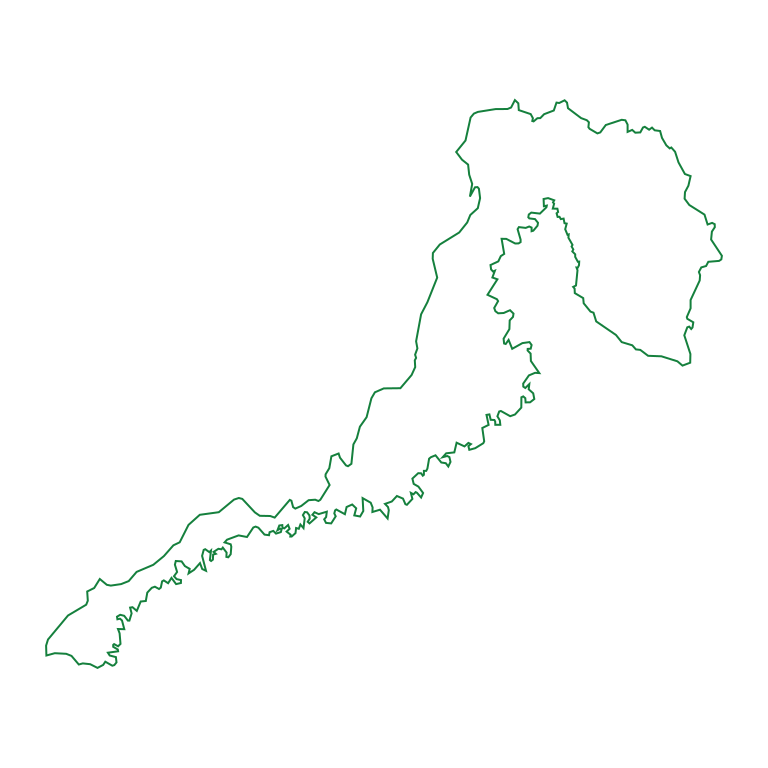 the district of Ipixuna do Pará, Pará, Brazil
{"feature_id": "56859067B6005115981824", "entity_name": "Ipixuna do Pará", "entity_type": "district", "adm_level": 2, "iso_a3": "BRA", "parent_name": "Brazil", "parent_adm1": "Pará", "projection": "robinson", "projection_center": [-48.107, -2.938], "detail": "fine", "context": "isolated", "style": "outline", "palette": "green", "viewbox_px": 768, "rotation_deg": 0, "n_neighbors": 0, "source": "geoboundaries", "source_scale": "gbopen_adm2", "svg_char_len": 6111}
<svg xmlns="http://www.w3.org/2000/svg" viewBox="0 0 768 768"><path d="M469.9,196.6L475.0,187.3L477.5,187.1L478.9,188.7L480.1,198.1L477.8,208.2L470.3,215.0L467.2,222.5L459.2,232.5L439.8,244.5L432.9,253.0L432.7,258.8L437.2,277.6L427.4,302.2L421.1,314.3L416.1,341.3L417.4,348.4L415.1,354.7L416.1,357.9L414.8,360.3L415.2,367.1L411.6,375.0L400.4,388.2L383.8,388.4L374.9,392.3L371.4,398.3L366.6,417.2L359.9,426.7L356.8,438.3L353.4,444.4L351.4,463.8L348.0,466.2L346.0,465.4L340.0,457.7L338.6,453.5L331.4,456.3L329.3,468.2L325.6,474.3L325.5,476.6L329.6,485.0L320.3,499.8L318.4,501.0L315.2,499.7L308.6,500.2L301.2,506.0L295.3,508.6L293.1,507.1L291.4,500.7L289.8,499.9L274.7,517.6L270.2,516.0L259.8,515.8L254.9,512.4L242.3,498.9L238.8,498.0L234.0,499.6L218.8,512.2L199.8,514.8L188.5,524.9L179.7,542.3L173.4,545.3L163.9,556.1L153.3,564.8L136.6,571.9L128.7,581.1L121.1,584.1L110.8,585.6L106.8,584.8L99.8,579.0L94.2,588.0L87.2,591.5L87.8,600.7L86.2,604.7L68.0,615.5L48.0,639.5L46.1,645.6L46.4,655.5L54.8,653.2L66.2,653.8L71.5,655.9L78.8,664.5L82.8,663.4L90.2,664.2L97.5,667.9L103.2,664.9L105.3,661.7L112.3,665.7L114.3,665.1L116.5,662.4L115.9,657.1L109.7,655.5L107.9,652.7L118.1,651.3L117.8,649.5L113.2,646.8L113.2,644.9L114.1,644.1L118.1,646.3L120.5,643.9L119.6,633.3L118.0,629.0L124.3,629.2L122.0,620.5L120.0,618.7L117.4,619.3L117.0,616.7L120.2,614.8L124.2,615.8L127.9,620.6L129.4,620.6L131.6,613.4L130.1,607.6L132.5,607.2L136.8,610.9L140.7,601.5L145.8,601.0L147.3,592.6L151.8,587.8L154.9,586.7L159.0,589.0L160.8,587.6L162.1,581.4L163.8,580.4L168.1,583.2L171.5,577.9L176.1,584.1L180.9,583.0L181.0,580.1L176.6,579.1L174.0,576.2L177.1,572.0L174.9,564.7L175.8,561.0L181.6,561.4L184.9,566.1L189.7,568.9L188.6,573.4L194.1,569.8L200.0,563.1L202.2,569.0L206.0,570.8L202.1,555.9L203.7,549.9L205.2,549.2L209.3,552.1L211.0,550.5L209.9,560.1L211.1,561.0L212.9,559.6L213.1,554.6L215.8,553.8L213.6,551.9L218.4,548.8L221.5,549.3L222.8,547.6L226.6,552.6L226.4,556.9L228.3,557.3L230.7,554.2L231.3,546.7L230.7,544.3L224.6,542.4L227.0,539.7L238.6,535.4L247.0,537.0L253.3,527.5L255.6,526.6L258.4,527.7L264.5,534.6L269.0,535.2L269.6,532.2L273.3,530.9L276.0,533.6L280.8,532.1L281.6,529.4L280.2,528.6L277.5,530.2L279.3,525.5L282.3,525.1L282.5,527.8L284.3,528.4L288.1,525.0L289.6,528.8L286.6,531.6L290.6,534.7L290.3,536.5L291.7,536.5L295.5,533.1L296.1,528.0L298.8,528.8L300.4,524.5L303.5,528.1L304.7,518.3L302.9,515.1L304.8,512.0L307.1,512.3L309.5,515.5L309.7,518.7L307.7,521.8L309.5,523.4L316.3,517.4L312.4,514.8L314.5,512.2L318.7,514.1L326.8,511.7L326.1,517.1L324.2,519.3L326.0,522.9L331.2,523.4L335.7,516.3L334.3,513.4L335.1,510.4L336.3,509.5L344.9,514.2L346.6,507.0L352.2,504.5L356.2,508.3L354.3,515.4L360.1,516.5L363.3,511.0L362.6,498.1L370.7,502.7L372.6,507.4L372.4,512.0L380.0,509.7L387.6,518.5L388.8,510.2L388.0,507.0L385.0,503.9L391.8,501.5L396.9,496.0L403.0,498.6L405.4,504.2L406.9,504.8L412.4,498.9L410.9,492.9L413.5,494.3L415.6,492.1L417.0,492.8L421.1,497.5L423.1,493.0L418.4,486.6L413.7,483.9L412.4,478.6L418.2,473.2L421.1,473.3L422.8,475.7L423.9,474.8L423.9,470.9L426.2,470.9L427.4,468.6L429.1,458.7L430.9,457.2L435.5,455.3L441.3,462.5L445.8,463.2L448.3,466.5L450.5,461.9L449.4,457.1L447.2,456.0L442.7,457.2L446.2,453.3L454.3,452.4L456.6,442.7L464.5,446.4L468.4,442.9L470.9,444.1L468.4,446.1L469.3,449.8L475.2,448.2L483.3,443.2L484.2,441.3L482.3,428.0L488.6,424.9L486.5,414.9L489.4,414.4L490.7,419.8L494.4,420.0L495.2,421.5L495.3,424.8L500.3,424.8L499.8,420.3L497.4,416.3L499.2,411.5L500.9,411.0L510.2,416.2L515.0,414.5L521.3,407.6L521.4,397.3L523.2,396.4L525.3,398.2L525.6,402.4L530.1,402.3L534.3,399.0L533.2,393.3L528.7,389.3L529.3,384.1L525.3,388.0L523.3,386.6L523.2,383.6L528.9,375.4L535.1,372.8L539.3,373.1L530.9,361.0L530.6,353.6L527.6,350.5L527.7,348.9L530.7,348.7L531.6,345.0L529.5,342.1L522.4,343.1L512.2,348.8L508.6,339.9L505.7,344.0L504.1,343.5L503.6,338.7L509.4,329.1L509.7,320.4L513.0,316.9L513.5,313.6L510.0,310.2L503.7,313.0L498.2,313.3L495.4,311.2L494.2,308.0L498.1,301.1L496.9,299.2L487.5,294.8L497.4,279.3L492.4,277.5L494.9,270.7L493.0,271.5L491.1,269.4L490.5,265.0L498.3,261.4L500.8,256.1L504.2,253.9L501.6,238.8L506.3,238.9L515.2,243.5L518.6,243.4L520.6,242.1L520.6,239.6L517.6,229.2L518.9,227.1L525.7,227.9L529.2,226.5L531.6,227.6L531.6,231.2L533.3,230.7L537.5,225.7L538.0,222.8L535.0,219.1L529.3,218.4L528.3,217.3L528.8,214.5L531.3,212.6L539.9,213.6L546.4,207.3L546.8,205.6L543.9,206.2L543.6,199.0L548.1,198.1L554.2,200.3L553.0,202.4L554.1,203.7L552.8,208.6L557.4,208.7L558.1,212.0L556.6,213.3L557.6,216.9L559.5,216.8L560.8,219.1L563.6,218.6L564.5,223.2L566.7,223.6L565.2,229.2L567.5,234.8L568.7,234.4L568.4,237.7L572.5,244.9L571.6,246.5L573.3,249.4L572.3,251.4L575.2,254.3L575.2,256.9L577.9,261.8L579.2,261.6L579.0,265.2L577.8,267.6L576.5,267.5L577.5,270.2L576.0,285.5L573.2,286.9L574.6,288.6L574.8,293.1L583.2,298.1L583.7,303.3L590.5,311.6L593.5,312.7L596.2,321.4L616.0,335.0L621.7,342.1L632.3,345.3L635.9,349.4L640.3,349.9L648.1,355.8L661.4,356.3L677.4,361.3L682.5,365.6L690.2,362.7L690.4,354.0L684.3,335.3L687.3,327.3L689.2,326.6L691.2,329.0L692.5,327.5L693.3,322.3L687.3,318.8L686.8,317.1L690.6,308.3L690.6,300.0L699.7,280.5L700.1,275.2L698.9,272.0L701.3,267.4L706.1,266.0L708.3,261.8L719.1,260.9L721.3,259.4L721.9,255.8L711.1,239.5L711.9,231.6L714.8,227.2L714.7,224.2L712.1,222.9L707.6,224.5L704.5,214.6L689.3,205.0L684.6,198.7L685.0,192.1L688.4,185.7L690.6,176.1L684.9,174.0L678.5,162.4L675.1,151.8L671.3,147.5L669.7,148.4L666.3,145.3L662.0,137.9L660.1,131.0L654.7,130.3L652.0,127.6L649.1,129.7L644.8,126.8L643.0,127.5L640.3,132.4L635.3,132.7L632.2,129.9L627.6,131.9L627.6,124.6L625.4,120.3L621.7,119.8L605.8,125.0L600.3,132.4L597.4,133.4L589.6,128.8L588.4,127.2L588.9,122.3L586.8,120.2L581.1,118.1L568.0,108.2L567.0,102.6L564.6,100.3L559.2,103.0L556.5,102.6L553.8,110.5L544.1,114.2L540.3,118.1L537.4,118.2L533.6,121.4L532.3,121.0L532.9,118.2L530.7,114.1L518.8,110.1L518.3,103.3L514.9,100.1L511.1,107.5L507.5,109.0L495.5,109.1L477.9,111.9L473.9,113.6L470.6,117.5L465.5,140.5L456.2,152.0L462.0,159.7L468.1,164.6L469.2,174.7L472.2,183.9L469.9,196.6Z" fill="none" stroke="#15803d" stroke-width="2"/></svg>